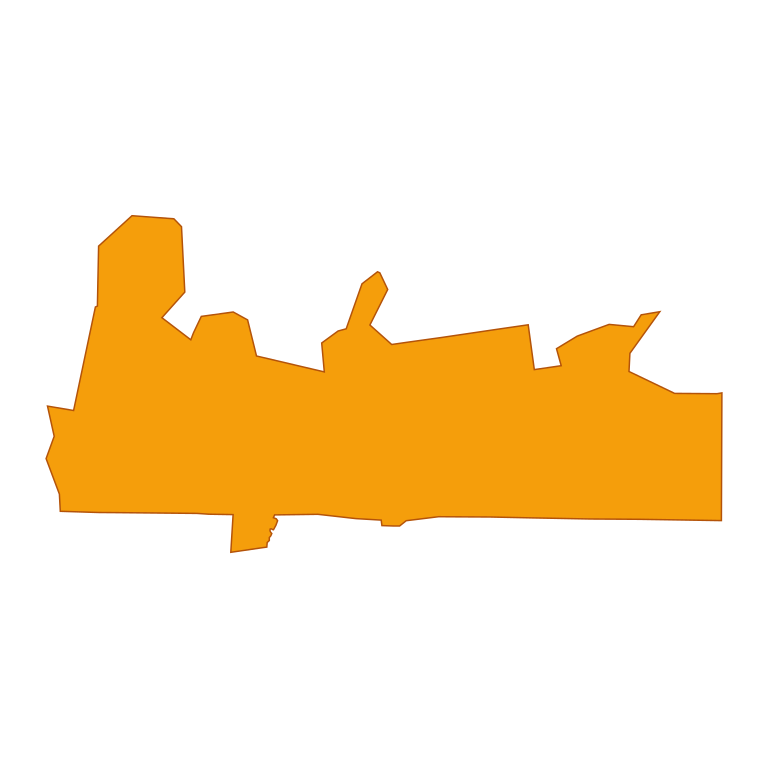 the district of Hampden, Massachusetts, United States of America
{"feature_id": "52423323B82042063785598", "entity_name": "Hampden", "entity_type": "district", "adm_level": 2, "iso_a3": "USA", "parent_name": "United States of America", "parent_adm1": "Massachusetts", "projection": "mercator", "projection_center": [-72.662, 42.171], "detail": "fine", "context": "isolated", "style": "filled", "palette": "amber", "viewbox_px": 768, "rotation_deg": 0, "n_neighbors": 0, "source": "geoboundaries", "source_scale": "gbopen_adm2", "svg_char_len": 1248}
<svg xmlns="http://www.w3.org/2000/svg" viewBox="0 0 768 768"><path d="M60.3,511.3L92.4,512.3L99.1,512.5L113.9,512.6L196.9,513.4L197.0,513.4L208.9,514.2L233.1,514.6L230.8,552.3L261.0,547.9L266.8,547.1L267.2,542.5L269.3,540.5L269.3,537.6L270.8,535.8L271.8,533.5L270.7,532.3L270.0,530.8L270.1,529.1L271.2,528.8L273.0,529.7L273.5,529.7L275.9,525.3L277.6,520.7L276.3,518.8L273.4,517.7L274.6,514.9L317.8,514.3L355.8,518.6L381.2,520.1L381.9,525.6L394.0,526.0L399.6,526.0L406.2,520.7L420.9,518.9L438.7,516.7L452.3,516.8L490.2,517.0L532.9,517.9L554.8,518.3L590.7,519.0L624.2,519.2L639.4,519.3L671.4,519.8L721.4,520.6L721.9,392.9L717.0,393.7L674.6,393.4L629.0,371.5L629.9,353.3L659.8,311.7L641.2,314.8L633.6,326.7L609.1,324.4L578.6,335.6L577.1,336.2L556.5,348.7L561.2,365.7L534.3,369.6L528.2,324.8L497.1,329.3L441.5,337.5L425.6,339.7L406.9,342.3L391.7,344.5L369.9,325.0L387.7,289.5L379.8,272.8L377.5,271.8L362.0,283.8L346.2,328.8L338.1,331.0L321.7,343.0L324.3,371.9L256.5,356.0L247.6,319.9L233.2,312.0L201.3,316.4L193.5,332.8L190.8,339.8L161.9,317.7L184.8,292.1L181.5,226.7L173.9,218.8L132.0,215.7L98.6,246.1L97.4,306.1L95.4,307.0L73.6,410.5L47.5,406.1L54.2,436.3L46.1,458.6L59.4,494.1L60.3,511.3Z" fill="#f59e0b" stroke="#b45309" stroke-width="1.5"/></svg>